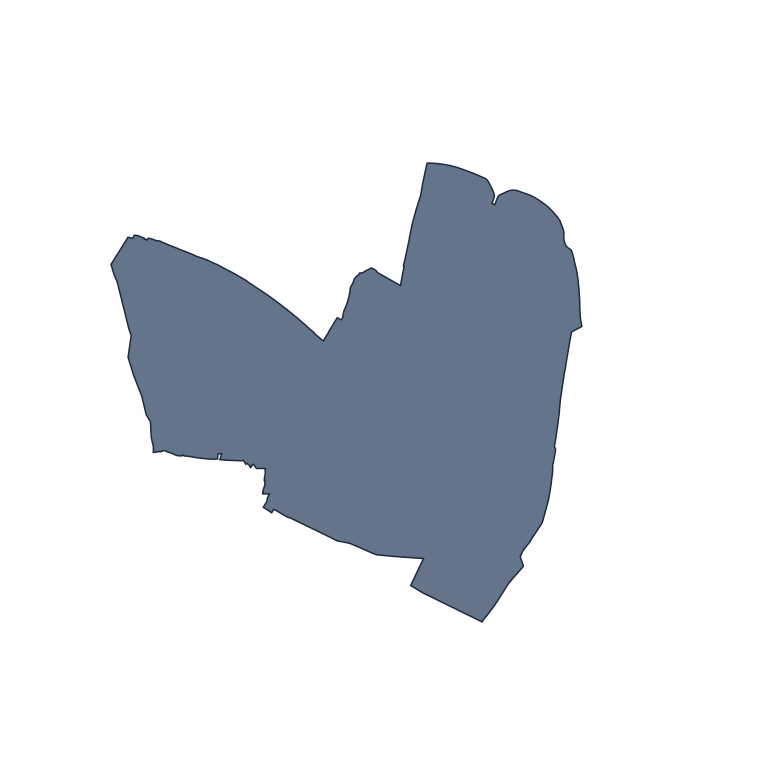 the district of Oldebroek, Gelderland, Netherlands, rotated 330°
{"feature_id": "6326949B62245249446035", "entity_name": "Oldebroek", "entity_type": "district", "adm_level": 2, "iso_a3": "NLD", "parent_name": "Netherlands", "parent_adm1": "Gelderland", "projection": "albers", "projection_center": [5.93, 52.457], "detail": "fine", "context": "isolated", "style": "filled", "palette": "slate", "viewbox_px": 768, "rotation_deg": 330, "n_neighbors": 0, "source": "geoboundaries", "source_scale": "gbopen_adm2", "svg_char_len": 6051}
<svg xmlns="http://www.w3.org/2000/svg" viewBox="0 0 768 768"><g transform="rotate(330 384 384)"><path d="M207.4,143.9L204.9,154.2L204.0,162.1L194.1,196.7L190.7,208.3L189.3,215.6L175.7,232.9L171.5,251.4L168.1,273.6L162.7,291.7L162.8,300.0L155.7,314.0L152.9,323.1L150.0,327.9L150.7,328.3L152.7,329.1L154.7,329.8L155.1,329.8L155.4,330.0L155.9,330.6L156.4,331.0L156.7,331.0L157.7,331.0L158.2,331.1L159.0,331.4L160.3,331.9L160.7,332.0L160.9,332.1L161.1,332.3L161.7,333.5L162.1,334.1L162.9,335.1L165.2,337.4L165.7,337.9L166.4,339.3L167.6,340.6L168.2,341.6L169.0,342.5L169.7,343.0L170.2,343.3L170.6,343.6L171.0,344.1L171.8,344.5L172.0,344.6L172.5,344.6L172.8,345.0L173.0,345.1L173.4,344.9L174.0,345.1L174.4,345.0L174.6,345.2L174.6,345.6L174.9,345.9L174.9,346.3L175.5,347.0L176.0,347.0L176.3,347.3L176.9,347.6L177.3,348.0L178.0,348.5L178.5,348.9L179.0,349.2L179.2,349.5L180.3,350.3L180.9,350.9L181.5,351.1L182.0,351.8L182.5,352.2L183.2,352.6L183.6,353.1L183.9,353.4L184.2,353.6L186.6,355.4L187.2,355.8L187.7,356.3L187.9,356.5L188.5,356.8L189.2,357.5L189.6,357.7L190.3,358.1L190.6,358.5L191.2,358.8L191.7,359.2L192.9,360.1L193.6,360.5L194.7,361.4L195.2,361.5L195.8,362.1L199.2,364.1L200.8,365.0L201.5,365.3L202.4,365.8L205.1,361.7L206.1,362.1L206.3,361.8L208.5,363.1L204.1,367.4L204.9,368.2L205.7,368.5L207.9,370.2L210.9,372.2L216.1,375.4L218.6,377.0L222.2,379.3L223.3,379.7L224.0,379.7L224.2,384.4L224.8,384.2L225.6,384.1L225.9,385.2L227.2,388.0L226.4,388.4L226.8,389.7L230.4,388.1L231.0,389.5L231.0,390.7L231.1,392.5L231.1,392.8L231.6,393.6L235.6,395.8L237.3,396.9L238.9,398.0L238.2,398.9L237.3,400.5L236.5,402.0L236.0,402.7L234.1,404.7L233.8,405.2L232.4,407.2L232.1,407.5L232.2,407.8L232.6,407.9L232.0,409.0L230.9,411.0L231.0,411.1L228.6,413.6L228.4,413.5L228.0,413.8L225.0,416.8L225.4,417.0L224.0,418.5L229.7,421.9L226.6,424.0L226.1,424.4L224.5,426.3L223.4,427.6L222.0,428.1L220.4,429.0L219.0,429.7L218.0,430.3L217.7,430.6L218.2,431.0L219.7,434.2L220.5,435.7L220.9,436.4L222.3,439.4L226.0,437.4L234.3,451.9L235.7,452.7L235.8,452.9L235.7,452.9L237.8,456.0L243.6,464.6L245.9,468.1L246.3,468.6L247.2,469.9L252.2,477.2L265.6,497.2L266.2,497.5L272.9,503.2L275.6,506.0L289.2,524.5L289.4,524.7L292.0,528.1L306.8,538.6L330.9,554.9L306.3,571.9L313.3,584.5L350.0,639.1L352.2,637.9L358.1,635.7L359.7,635.0L362.8,633.6L366.6,632.1L369.9,630.6L373.1,629.0L391.3,619.5L393.2,618.6L400.1,616.2L413.6,611.6L415.6,601.8L420.1,598.4L420.5,598.2L424.9,596.2L427.8,595.1L431.3,593.7L434.5,591.8L447.5,585.4L451.0,583.7L453.0,582.0L460.4,574.7L467.0,568.1L468.8,566.2L472.1,562.4L478.9,554.0L481.8,550.0L485.3,545.5L488.6,540.4L489.0,539.7L489.8,538.2L490.2,537.7L491.7,536.4L492.2,535.7L493.3,534.5L494.4,533.1L495.9,531.4L497.8,529.2L499.4,527.1L500.0,526.2L500.1,525.8L500.2,525.1L500.2,524.0L500.3,523.8L500.4,523.3L500.8,522.8L502.2,521.0L506.2,516.2L508.4,513.4L513.1,507.4L519.7,498.8L521.4,496.6L522.4,495.0L522.7,494.8L523.3,493.7L528.7,486.1L545.6,464.8L548.6,461.5L552.2,456.9L565.2,441.2L568.0,438.0L572.4,432.7L580.0,433.0L584.1,433.1L585.3,430.1L585.8,428.4L587.0,425.3L588.1,423.0L590.9,417.4L594.3,411.2L596.8,406.4L600.2,399.4L601.3,397.1L601.6,396.3L603.1,393.0L604.0,391.1L606.9,383.9L608.2,379.9L609.6,374.9L610.7,371.5L611.5,369.1L612.7,364.4L613.0,363.1L613.0,361.3L611.5,358.1L610.7,355.3L610.8,353.8L611.0,352.6L611.6,350.4L612.1,348.9L613.1,346.7L615.6,342.8L616.5,339.9L616.7,338.8L617.0,336.4L618.0,331.0L617.9,329.2L617.7,325.8L617.3,324.1L617.0,322.4L616.3,319.0L615.5,315.7L614.5,312.4L613.3,309.2L610.3,302.6L608.9,299.9L607.2,297.0L605.3,294.1L603.3,291.5L601.0,289.0L596.4,283.5L595.2,282.3L593.7,281.2L592.6,280.5L591.2,279.9L589.4,279.3L588.0,279.0L586.6,278.8L579.3,278.2L577.5,278.3L576.7,278.7L575.1,279.6L569.7,284.1L568.2,282.2L567.7,281.7L571.8,278.3L573.1,277.0L574.1,275.5L574.5,273.9L574.8,272.2L575.2,268.1L575.5,263.4L575.5,261.1L575.5,259.9L575.1,257.9L574.3,256.3L572.4,253.8L568.0,247.9L558.6,236.4L556.2,233.7L553.3,230.7L550.8,228.2L548.7,226.4L546.2,224.2L543.8,222.3L540.1,219.5L537.7,217.9L535.4,216.4L532.1,214.4L531.8,214.3L531.6,214.5L531.4,214.6L518.5,228.9L514.3,233.8L511.7,237.0L509.9,239.1L498.5,249.5L498.2,249.9L490.5,257.5L487.7,260.3L478.7,270.6L478.7,270.8L465.6,285.3L459.8,291.5L460.3,292.1L449.7,304.3L447.7,306.9L447.4,306.9L434.4,284.8L434.0,283.5L433.9,282.6L433.8,282.0L433.6,281.4L433.3,280.7L431.8,278.1L431.5,277.9L431.1,277.3L430.8,277.2L430.5,277.1L428.2,277.2L426.4,276.9L420.1,276.9L419.2,276.0L418.9,275.8L418.2,275.7L417.7,275.9L417.1,276.4L416.8,276.6L416.3,276.8L413.8,277.0L412.2,277.7L410.8,278.2L410.4,278.7L410.0,279.0L406.8,281.5L406.2,281.9L405.8,281.9L405.0,282.4L403.5,283.5L401.7,285.3L401.5,285.5L401.2,286.3L401.1,286.5L399.2,288.6L398.6,289.4L396.8,291.3L393.7,294.3L391.0,296.8L386.8,299.9L386.0,300.6L385.2,301.3L383.5,303.2L383.2,303.5L381.5,305.6L380.7,306.2L379.9,306.7L379.3,306.8L378.5,306.5L377.7,304.6L377.4,304.2L376.9,303.6L376.4,303.2L376.0,303.6L371.4,306.0L370.2,306.8L368.7,307.6L365.2,309.5L363.0,310.6L361.2,311.9L357.1,314.0L353.0,316.3L352.6,315.6L352.3,314.8L351.4,312.1L349.5,306.9L349.2,306.0L349.0,304.4L348.6,303.1L347.8,300.9L346.7,297.8L345.4,293.5L344.3,290.4L341.6,282.5L341.3,281.9L337.1,270.8L335.3,266.5L332.8,260.4L331.6,257.6L328.5,250.6L326.3,246.0L320.2,233.7L316.5,226.1L316.6,225.7L316.2,225.2L314.9,222.9L313.9,221.1L308.5,211.8L306.7,209.1L303.4,203.8L299.6,197.7L294.8,191.1L292.9,188.2L290.1,184.9L289.8,184.3L289.2,183.9L285.7,179.9L281.6,174.2L279.0,171.1L278.8,170.6L278.3,170.0L275.0,166.2L274.0,164.9L273.7,164.2L267.9,157.0L263.4,151.1L262.8,150.3L262.3,149.3L262.0,148.9L260.2,147.1L259.7,146.7L258.7,146.3L258.4,146.0L258.5,145.9L257.9,145.3L257.2,144.9L257.3,144.5L256.4,143.2L252.7,139.8L250.9,140.9L250.2,140.0L249.2,139.2L248.9,138.7L249.4,138.4L249.5,138.3L249.5,138.1L249.2,137.6L248.8,137.0L248.4,136.8L247.8,136.0L246.9,134.8L245.5,132.9L244.0,131.6L243.4,131.2L242.4,130.3L242.1,130.3L241.7,130.5L240.1,131.7L239.4,132.3L235.7,128.9L235.4,129.1L207.4,143.9Z" fill="#64748b" stroke="#1e293b" stroke-width="1.5"/></g></svg>